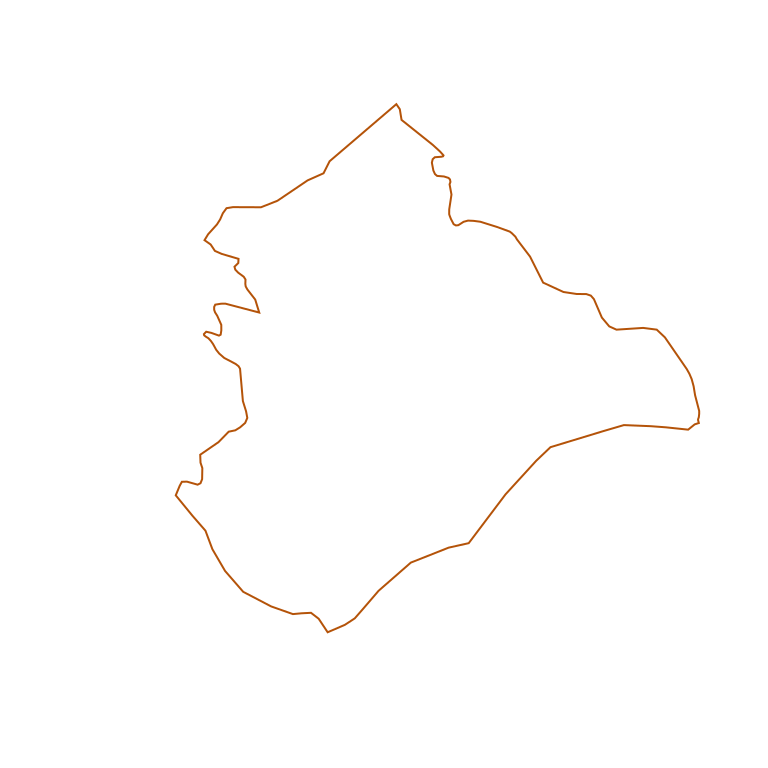 outline of Mayabeque, rotated 319°
{"feature_id": "CUB-5489", "entity_name": "Mayabeque", "entity_type": "Province", "adm_level": 1, "iso_a3": "CUB", "parent_name": "Cuba", "parent_adm1": "", "projection": "equal_earth", "projection_center": [-81.981, 22.888], "detail": "fine", "context": "isolated", "style": "outline", "palette": "amber", "viewbox_px": 768, "rotation_deg": 319, "n_neighbors": 0, "source": "natural_earth", "source_scale": "10m", "svg_char_len": 2086}
<svg xmlns="http://www.w3.org/2000/svg" viewBox="0 0 768 768"><g transform="rotate(319 384 384)"><path d="M342.9,157.7L349.5,155.6L362.6,154.0L368.3,152.3L374.4,149.4L380.5,148.0L386.0,151.4L407.1,169.9L423.8,175.8L459.9,180.2L476.6,185.3L489.1,180.2L576.9,180.9L576.2,187.0L570.5,196.2L577.7,235.7L578.8,245.3L578.9,250.5L578.0,250.9L576.5,250.2L571.1,246.2L568.2,246.3L565.3,248.4L561.3,255.3L560.2,259.0L560.6,261.8L565.4,266.7L567.9,270.8L568.0,272.9L566.7,275.1L564.5,276.3L559.2,285.3L547.8,295.0L544.7,298.5L544.4,299.0L543.8,300.5L542.8,303.3L541.4,309.1L542.3,311.5L544.3,312.9L550.5,313.8L554.6,315.8L558.7,319.7L563.2,324.8L572.3,339.6L578.9,351.5L579.4,353.9L579.8,359.0L579.2,362.1L577.8,383.7L570.6,411.9L579.8,432.3L588.4,442.4L595.7,448.9L598.1,453.0L598.1,457.7L592.0,476.8L591.8,488.3L595.1,495.5L616.4,511.7L625.5,521.9L626.6,533.1L622.3,571.3L621.2,576.6L619.4,582.2L616.2,588.8L611.4,596.6L604.2,611.1L602.3,613.3L599.8,615.6L597.9,616.7L597.4,617.2L596.8,618.4L596.0,620.0L592.0,618.3L583.6,618.0L568.2,601.5L557.6,590.8L538.1,572.4L518.3,563.3L468.2,540.9L448.5,541.8L403.4,547.0L343.5,559.7L325.4,549.9L287.1,536.4L244.3,536.5L220.5,540.0L208.2,541.7L196.5,540.1L178.6,534.4L180.7,518.3L178.8,508.8L171.4,503.0L164.3,497.9L152.9,477.8L141.4,448.5L141.4,420.8L146.1,396.1L153.0,377.6L153.0,357.6L153.8,331.4L163.0,326.8L167.3,325.2L171.2,328.4L177.3,337.7L180.4,338.5L184.3,336.5L191.7,328.3L193.9,323.0L198.9,316.8L221.0,319.3L235.5,318.1L241.4,321.4L247.0,322.3L253.7,322.3L258.6,319.9L262.0,314.1L266.3,304.3L285.4,278.0L285.9,275.2L285.2,271.6L280.5,259.5L279.6,252.9L279.8,248.1L281.2,241.7L281.6,237.9L281.5,234.3L280.6,231.4L280.2,229.3L280.8,228.2L284.1,227.9L287.2,232.1L291.2,239.2L293.1,239.6L296.4,236.8L300.0,232.6L302.9,223.1L303.5,219.1L304.5,216.6L306.4,214.4L308.7,213.4L313.7,216.5L317.0,219.3L336.7,248.2L342.2,235.8L342.9,223.1L343.6,219.7L345.0,217.5L348.0,214.3L348.5,211.1L347.0,204.3L346.8,200.1L348.1,197.4L353.4,197.1L356.3,194.1L346.9,179.4L343.7,172.6L344.7,165.0L342.9,157.7Z" fill="none" stroke="#b45309" stroke-width="2"/></g></svg>